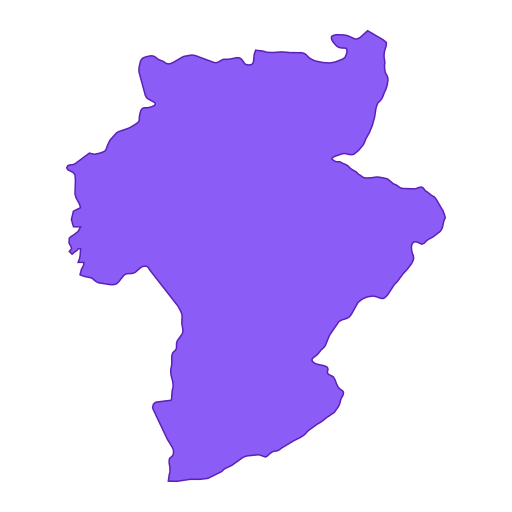 an SVG outline of Kalasin, rotated 90°
{"feature_id": "THA-439", "entity_name": "Kalasin", "entity_type": "Province", "adm_level": 1, "iso_a3": "THA", "parent_name": "Thailand", "parent_adm1": "", "projection": "albers", "projection_center": [103.592, 16.645], "detail": "fine", "context": "isolated", "style": "filled", "palette": "violet", "viewbox_px": 512, "rotation_deg": 90, "n_neighbors": 0, "source": "natural_earth", "source_scale": "10m", "svg_char_len": 5593}
<svg xmlns="http://www.w3.org/2000/svg" viewBox="0 0 512 512"><g transform="rotate(90 256 256)"><path d="M37.8,180.6L36.4,180.4L35.4,178.6L34.7,175.7L34.9,168.9L35.4,165.5L36.2,163.1L38.6,157.9L39.0,156.7L39.1,155.8L37.7,152.1L30.7,144.4L39.7,129.0L42.4,125.7L43.3,125.6L44.6,125.7L46.6,126.0L50.9,127.4L54.3,127.9L56.4,128.0L61.3,127.3L63.3,127.2L65.3,127.5L67.9,127.4L72.1,126.9L75.6,125.0L77.8,124.2L80.1,124.0L85.5,124.9L89.3,126.1L92.1,127.5L96.7,129.2L98.5,130.1L99.9,131.1L101.8,132.8L102.6,133.9L105.0,135.0L108.6,136.1L117.2,137.4L125.2,139.6L132.4,142.5L138.6,146.0L142.6,147.6L144.7,148.7L150.3,153.3L153.7,157.4L154.4,158.6L154.7,160.1L154.5,163.0L153.6,166.5L153.5,168.1L153.8,169.7L156.2,176.8L156.9,178.4L158.1,180.0L159.0,180.0L159.7,179.4L161.0,177.4L161.6,176.3L161.8,175.1L161.7,172.5L162.1,171.4L163.2,169.6L164.8,165.7L165.4,164.7L166.1,163.8L168.6,161.4L169.9,159.3L171.7,156.1L172.4,155.2L174.2,153.6L175.6,151.2L176.7,149.9L177.4,148.6L177.8,147.3L178.0,145.8L177.8,141.1L177.0,135.3L177.2,132.4L178.6,125.5L179.1,124.3L179.8,123.3L183.6,118.9L185.2,115.3L187.3,112.5L187.9,111.4L188.3,110.2L188.5,108.6L188.8,97.6L188.6,96.2L187.3,92.5L187.1,91.2L187.3,89.9L187.9,88.9L188.8,88.1L189.8,87.4L190.7,86.7L191.4,85.7L192.0,84.6L195.0,81.0L196.3,78.9L196.9,77.7L199.1,75.9L211.0,68.9L215.0,67.4L217.7,66.7L221.2,68.2L227.9,69.7L230.1,70.9L231.1,71.6L231.9,72.4L237.0,79.1L239.3,83.5L240.7,85.4L243.2,87.8L244.2,90.2L243.1,92.6L242.4,94.0L241.9,95.5L241.8,97.0L242.2,98.3L243.1,99.4L244.6,100.1L246.6,100.6L250.0,100.4L253.8,99.5L255.1,98.9L258.2,98.3L260.8,99.0L263.9,100.6L269.5,104.9L272.9,108.1L273.1,108.3L273.3,108.6L281.1,114.3L284.5,117.6L294.9,124.4L297.1,126.5L298.4,128.4L298.5,130.0L298.2,131.5L296.7,135.7L296.1,138.6L296.2,140.3L296.7,143.5L297.0,144.9L298.1,147.7L299.4,150.2L301.9,153.3L303.0,154.3L313.4,160.1L315.7,161.6L317.2,163.0L318.5,165.5L319.8,169.8L320.4,171.1L321.1,172.3L321.9,173.3L334.4,181.9L336.0,182.8L345.2,186.5L346.3,187.2L347.4,188.1L350.2,191.1L353.4,193.6L355.3,195.4L356.8,197.6L358.7,199.7L359.9,200.0L361.4,199.6L363.5,196.9L364.2,194.8L365.7,188.0L366.8,185.2L367.9,184.4L369.4,184.0L371.7,184.6L373.3,184.4L374.6,183.1L376.6,178.9L378.1,177.9L380.2,176.8L384.1,175.4L386.3,174.3L387.8,173.3L388.8,172.3L391.2,169.0L392.5,168.5L394.8,168.8L398.8,171.0L403.7,172.3L406.3,173.4L412.4,177.7L418.1,186.1L420.7,189.2L422.5,191.8L424.3,195.0L430.7,203.8L432.6,205.6L433.6,206.4L434.5,207.3L436.0,209.3L437.7,212.1L440.7,218.2L447.9,230.2L449.8,232.7L450.9,234.9L451.2,237.8L452.1,240.2L454.7,243.3L456.2,244.9L457.0,246.5L455.0,252.3L454.8,253.9L455.9,264.8L456.5,267.0L457.6,269.3L465.3,280.1L468.3,286.4L469.0,287.6L471.7,290.6L478.4,304.2L479.3,311.8L479.3,321.9L481.3,334.9L481.2,343.7L474.8,342.8L471.8,342.0L467.5,342.1L462.7,342.9L460.1,342.8L458.3,342.4L456.4,340.1L455.5,339.3L454.3,338.8L452.7,338.5L451.1,338.5L449.4,338.8L447.5,339.6L439.2,344.7L409.2,358.9L407.5,359.4L404.3,358.6L403.0,357.4L402.1,355.9L400.3,341.4L400.1,340.9L399.6,340.5L390.3,339.8L387.3,338.9L384.8,338.9L381.5,339.3L374.9,341.0L371.7,341.3L369.2,341.2L366.2,340.5L363.6,340.2L357.3,340.3L355.6,340.1L354.1,339.7L352.8,339.2L351.8,338.3L350.9,337.3L349.9,336.4L348.7,335.7L347.1,335.5L343.8,335.5L342.2,335.2L340.8,334.7L339.6,333.9L334.1,329.9L332.7,329.4L331.2,329.1L327.9,329.4L324.7,330.0L323.1,330.2L316.2,329.9L313.9,330.2L311.1,331.4L306.3,333.9L270.7,361.7L268.5,363.1L267.3,364.0L266.3,365.4L266.2,367.8L266.5,369.4L267.3,370.8L269.8,373.9L270.7,374.8L272.4,376.9L272.9,378.2L273.4,379.7L273.6,381.3L273.6,382.9L273.7,384.4L274.0,385.9L274.6,387.2L275.4,388.2L281.8,393.3L283.4,395.0L283.8,395.6L284.2,396.6L284.6,397.8L284.7,401.1L282.9,413.0L282.4,414.4L281.7,415.6L281.0,416.7L278.4,419.8L278.2,420.1L277.7,421.6L276.4,427.7L274.8,432.0L269.3,430.6L265.1,428.3L262.4,428.3L262.4,433.9L259.1,432.6L255.8,431.9L248.8,431.4L248.8,433.9L250.5,435.1L252.3,437.8L254.2,439.9L251.5,442.7L248.5,440.3L246.1,441.3L243.0,443.0L238.1,442.7L236.5,440.9L234.4,437.6L231.4,433.9L226.9,431.4L226.8,438.5L219.6,440.6L211.2,438.6L207.6,431.4L203.8,432.7L197.9,435.9L194.6,436.8L194.0,437.0L180.1,436.6L174.9,437.0L172.6,438.7L169.8,444.1L167.9,445.3L165.7,444.3L164.9,442.0L164.7,439.3L163.8,437.0L153.1,422.6L154.3,417.6L153.3,412.9L152.6,410.6L151.3,407.4L149.7,406.1L144.6,404.2L140.1,402.0L132.9,395.5L131.7,393.6L128.5,384.3L127.3,381.5L124.3,376.6L122.7,374.4L121.3,373.1L120.2,372.8L116.6,372.6L114.3,372.2L110.7,371.2L108.9,370.1L108.0,368.7L107.7,367.1L107.8,365.5L107.5,363.2L107.0,360.9L105.4,357.5L104.0,356.7L102.9,357.0L102.1,358.1L100.0,362.1L98.6,364.4L97.7,365.4L96.5,366.1L95.3,366.7L71.9,373.0L69.5,373.1L66.6,372.8L61.2,371.5L59.1,370.3L57.8,368.8L56.7,365.6L55.8,361.3L55.9,359.7L56.2,358.3L56.8,357.1L59.4,353.7L61.6,348.4L63.3,346.1L63.7,344.6L63.9,342.9L63.3,340.6L61.9,337.8L57.4,330.3L56.4,328.1L55.2,321.7L55.1,320.0L55.2,318.4L55.7,316.3L62.3,298.5L62.7,297.0L62.6,295.1L61.7,293.1L59.7,289.7L59.3,288.1L59.3,284.7L59.0,281.6L57.7,275.4L57.7,273.9L57.9,272.4L58.6,271.3L59.4,270.3L60.4,269.5L63.9,267.1L64.6,265.6L65.0,263.8L64.6,260.5L63.3,259.2L61.7,258.5L54.5,257.8L50.2,256.4L51.0,249.4L51.4,247.8L52.1,245.9L52.4,243.1L52.5,239.1L51.9,230.5L52.4,223.9L52.6,222.4L52.7,210.3L53.4,207.9L54.3,206.3L56.3,204.4L58.1,202.4L59.5,200.0L60.8,197.2L62.5,189.3L63.0,182.2L62.0,176.8L59.0,169.2L57.4,167.0L53.9,165.5L51.5,165.0L49.5,165.2L48.4,165.8L48.1,167.1L48.0,170.3L47.7,171.8L47.3,173.3L46.6,174.5L45.8,175.6L43.8,177.4L41.7,179.1L40.6,179.8L39.2,180.4L37.8,180.6Z" fill="#8b5cf6" stroke="#5b21b6" stroke-width="1.5"/></g></svg>